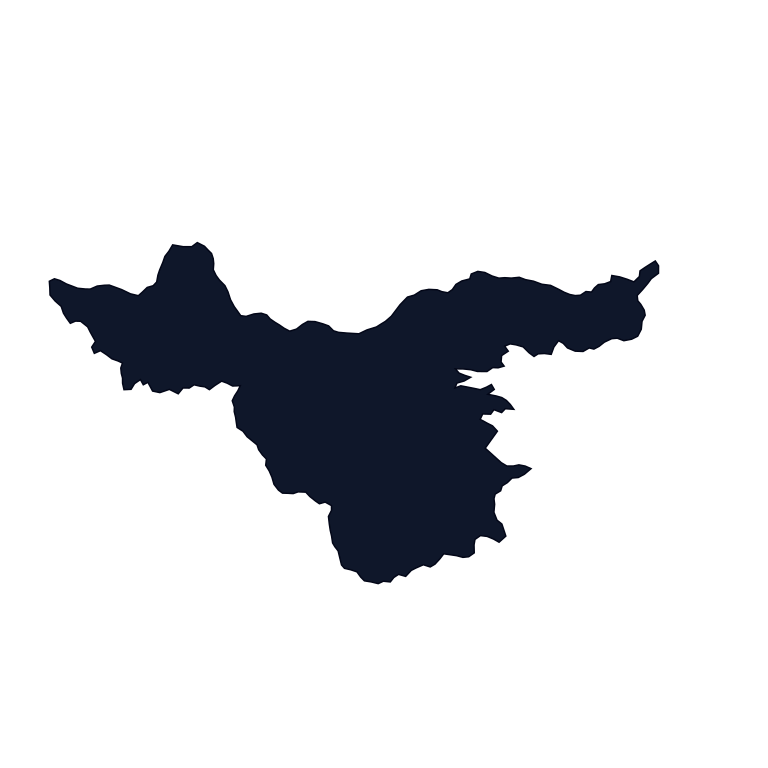 outline of Vidal Ramos, Santa Catarina, Brazil, rotated 254°
{"feature_id": "56859067B28125183395847", "entity_name": "Vidal Ramos", "entity_type": "district", "adm_level": 2, "iso_a3": "BRA", "parent_name": "Brazil", "parent_adm1": "Santa Catarina", "projection": "mercator", "projection_center": [-49.34, -27.403], "detail": "fine", "context": "isolated", "style": "filled", "palette": "ink", "viewbox_px": 768, "rotation_deg": 254, "n_neighbors": 0, "source": "geoboundaries", "source_scale": "gbopen_adm2", "svg_char_len": 4049}
<svg xmlns="http://www.w3.org/2000/svg" viewBox="0 0 768 768"><g transform="rotate(254 384 384)"><path d="M575.0,90.6L568.3,89.2L561.6,87.5L554.3,90.8L547.6,95.1L540.4,95.4L534.9,97.0L528.8,99.2L529.5,104.8L527.9,109.7L520.6,114.9L515.1,115.9L510.3,117.0L504.5,118.4L500.0,113.2L493.3,114.0L494.2,120.6L488.7,125.3L483.2,129.4L479.5,134.6L476.2,138.4L471.9,135.4L466.6,134.4L461.8,134.3L456.8,132.9L450.2,132.5L448.6,139.4L453.1,144.3L455.4,151.1L449.6,152.4L450.7,157.5L445.7,158.6L441.0,159.6L437.5,166.2L438.0,176.2L431.3,183.5L435.6,189.7L433.8,195.7L435.6,201.2L432.7,206.4L430.6,211.1L426.7,214.6L429.2,221.1L431.5,228.7L428.0,233.5L423.8,237.9L422.0,245.4L417.7,241.6L413.8,237.1L409.7,233.5L403.1,233.8L398.7,232.4L393.1,232.2L387.5,231.4L382.7,230.8L377.5,235.4L371.0,237.9L366.0,241.4L360.5,245.2L355.4,245.4L349.3,247.6L344.3,250.3L338.5,247.9L332.1,249.7L325.3,250.6L317.9,250.6L311.1,253.3L307.1,256.3L305.4,261.6L303.7,266.5L304.0,271.7L301.6,279.0L296.3,281.7L290.5,285.8L286.7,288.9L286.7,294.9L281.6,300.0L277.0,298.7L272.0,294.1L264.3,292.8L258.1,292.0L252.3,291.7L245.4,290.8L241.2,291.9L236.2,293.9L229.5,293.6L221.8,293.3L217.7,295.2L214.6,300.8L210.9,306.2L204.8,308.4L200.2,310.9L197.3,317.1L193.7,323.4L194.6,329.0L192.0,335.5L195.3,340.1L197.0,345.5L193.1,351.8L197.3,358.8L198.3,363.9L199.4,372.0L195.4,378.0L196.8,383.4L200.6,389.6L204.3,394.6L201.9,400.0L199.0,406.4L195.6,412.1L194.6,417.8L196.8,424.2L204.5,426.2L209.5,428.6L211.7,434.9L209.1,441.1L204.8,446.5L200.2,451.0L204.2,459.2L212.4,458.9L216.9,458.7L222.0,455.1L230.4,454.3L237.9,457.2L243.4,458.1L247.5,460.5L249.2,466.7L253.5,469.5L255.2,475.4L258.3,481.1L257.1,487.3L258.6,494.2L262.1,502.0L266.2,497.1L269.1,491.4L269.5,485.7L271.3,479.5L276.1,475.0L294.4,463.6L307.4,480.0L313.8,476.8L317.9,472.4L323.5,466.7L328.0,470.6L325.6,478.2L329.0,482.6L324.1,489.2L326.8,493.8L323.9,501.8L329.4,499.8L334.5,497.1L338.5,493.5L341.6,488.5L345.5,480.9L348.4,488.5L353.9,487.1L352.7,481.6L352.0,475.0L354.9,469.5L358.3,462.9L361.1,457.3L360.6,451.0L364.8,454.4L364.8,461.9L366.6,469.2L370.0,464.1L373.8,459.2L378.9,456.8L376.6,464.4L373.8,471.4L370.3,477.3L367.6,486.4L369.8,493.0L368.1,498.2L368.1,504.4L372.9,502.6L378.9,504.9L381.3,512.5L387.1,510.4L387.8,516.3L385.2,521.8L381.3,528.0L374.1,532.0L369.1,535.8L370.5,540.5L369.1,546.6L366.4,552.9L372.7,557.5L377.5,563.7L373.7,567.5L368.1,570.3L362.9,576.8L360.4,584.3L362.1,591.2L359.7,595.4L360.9,601.1L363.5,607.4L364.8,615.4L363.7,620.9L359.5,626.5L358.8,634.4L360.0,641.0L365.7,646.4L373.1,649.3L378.1,654.0L383.3,654.5L389.8,652.8L394.1,650.9L399.3,651.8L403.4,658.5L408.0,665.3L411.6,670.0L414.8,678.4L422.0,680.5L427.5,678.7L425.7,672.4L424.1,667.0L422.2,661.3L416.9,659.1L413.3,652.4L417.6,646.7L422.0,640.1L425.5,632.9L420.0,630.1L419.5,623.7L420.5,617.4L418.3,612.8L415.2,608.8L417.2,603.6L415.2,597.3L416.3,592.2L418.8,587.3L422.6,582.4L426.5,578.4L432.9,571.3L436.4,563.2L441.6,556.1L445.3,548.8L449.3,543.4L450.7,535.6L452.9,529.4L454.1,523.6L458.0,517.7L463.4,511.7L466.4,505.2L465.7,498.2L461.4,495.4L461.6,487.1L459.9,480.6L455.9,475.7L454.1,470.5L456.8,465.1L459.9,461.1L462.6,453.2L463.4,445.4L461.1,437.6L461.1,430.5L455.8,421.3L450.7,414.5L447.1,409.7L443.8,402.6L442.4,397.5L440.9,392.4L440.7,382.6L439.2,373.7L443.1,362.6L446.2,354.5L449.1,350.1L455.1,346.8L458.7,341.8L463.0,334.9L465.2,328.1L463.7,321.9L460.9,315.0L460.8,307.9L465.1,303.4L469.5,299.8L473.4,296.2L477.9,292.5L482.7,290.3L485.9,285.5L487.2,278.2L487.0,270.1L489.2,265.1L495.2,263.0L499.6,261.4L507.3,259.7L515.7,259.4L522.4,258.2L529.4,254.4L534.6,252.5L540.9,251.4L546.6,253.5L551.6,254.4L557.0,254.2L561.6,251.6L565.9,249.4L571.4,243.5L569.0,237.1L571.4,228.7L576.0,219.2L570.9,213.8L567.1,208.6L561.7,204.8L555.5,199.8L551.0,196.7L544.7,193.6L542.1,189.2L542.1,183.0L539.0,177.2L536.6,172.2L540.6,165.1L547.1,157.8L551.4,151.9L554.8,147.2L556.0,142.4L557.2,135.3L556.2,127.8L557.6,123.2L560.5,115.9L564.2,111.0L567.7,106.3L572.8,101.1L576.0,96.2L575.0,90.6Z" fill="#0f172a" stroke="#020617" stroke-width="1.5"/></g></svg>